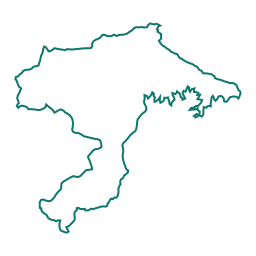 Franca, São Paulo, Brazil
{"feature_id": "56859067B28056382416557", "entity_name": "Franca", "entity_type": "district", "adm_level": 2, "iso_a3": "BRA", "parent_name": "Brazil", "parent_adm1": "São Paulo", "projection": "orthographic", "projection_center": [-47.359, -20.595], "detail": "fine", "context": "isolated", "style": "outline", "palette": "teal", "viewbox_px": 256, "rotation_deg": 0, "n_neighbors": 0, "source": "geoboundaries", "source_scale": "gbopen_adm2", "svg_char_len": 4998}
<svg xmlns="http://www.w3.org/2000/svg" viewBox="0 0 256 256"><path d="M158.1,24.4L155.9,23.8L154.2,24.5L152.3,24.0L150.0,23.4L148.2,25.0L147.1,27.2L144.4,27.5L142.2,27.1L140.3,27.1L138.6,27.4L136.4,27.2L134.0,28.1L132.2,30.2L129.9,31.6L126.6,33.9L123.7,34.6L120.8,34.8L118.6,35.1L116.8,36.0L113.9,34.7L111.3,36.2L107.1,36.0L104.9,34.9L102.6,34.8L99.9,38.0L97.7,38.9L95.5,39.9L93.4,41.4L92.1,43.7L92.2,46.1L91.1,48.0L88.7,48.3L86.0,48.2L83.7,48.4L82.1,48.5L80.3,48.7L74.2,49.3L72.6,49.5L69.1,49.3L66.8,49.2L65.0,50.1L62.2,49.6L58.4,49.1L54.6,48.2L51.0,50.8L48.7,51.4L46.7,48.4L45.6,47.2L44.2,46.5L43.3,49.0L42.8,51.3L42.4,53.3L41.2,55.4L40.6,58.0L40.1,60.6L39.4,62.3L38.6,65.3L37.1,66.1L34.9,66.3L33.3,67.0L31.8,68.5L29.3,69.6L26.4,69.8L24.7,70.2L23.2,70.9L21.9,73.0L20.1,74.0L18.1,76.3L15.8,77.1L15.4,79.2L16.5,80.3L17.2,82.4L18.0,84.6L18.9,86.5L21.1,88.3L20.0,91.0L19.0,93.6L17.8,95.3L17.2,98.4L18.1,100.7L18.8,103.0L17.4,104.6L16.8,106.2L18.4,107.7L20.1,106.2L22.0,105.7L25.6,106.5L27.4,107.6L28.3,109.2L30.6,109.1L32.7,109.3L35.2,109.5L37.8,110.0L39.7,109.9L41.3,109.6L43.8,108.4L45.4,107.2L46.2,104.5L47.7,106.0L49.6,107.5L51.3,108.6L53.2,110.5L54.4,112.7L56.1,111.8L58.1,110.5L60.5,109.4L62.2,109.9L64.0,111.1L65.5,112.7L67.4,113.5L69.9,115.5L71.6,117.6L72.5,119.7L73.1,123.2L72.7,125.8L72.7,127.7L72.1,129.6L72.9,131.5L74.9,132.7L78.5,133.1L80.5,134.0L82.2,135.0L84.0,136.3L86.6,136.9L89.1,137.5L91.7,138.1L94.1,138.7L97.5,139.2L100.2,140.3L101.2,143.6L101.5,147.0L98.6,148.7L96.9,149.0L94.8,149.3L92.6,151.0L91.2,152.9L89.5,154.7L88.3,155.9L88.1,157.6L89.5,160.3L90.9,164.3L91.7,166.9L92.1,169.3L89.0,169.8L85.8,170.3L84.1,172.2L82.6,173.8L80.7,175.7L79.3,176.6L77.3,177.1L75.2,176.5L73.1,176.2L69.9,177.7L67.7,179.1L63.2,181.7L61.4,183.6L61.3,185.7L61.1,188.5L60.2,189.9L58.3,191.7L57.1,193.1L55.6,195.1L54.5,197.1L53.2,198.5L51.9,200.0L50.0,201.2L46.9,200.9L44.6,200.0L42.8,199.5L41.0,200.0L39.7,202.4L39.8,205.2L39.8,207.9L41.4,208.4L41.3,210.2L42.4,212.0L44.6,213.7L46.6,214.9L48.1,217.9L50.2,219.3L52.5,220.0L54.3,220.3L56.2,221.3L57.9,220.3L60.3,220.5L59.6,222.7L59.4,224.5L59.6,227.9L60.6,230.4L62.9,231.4L65.0,232.3L66.6,232.6L68.6,231.6L67.3,229.1L66.4,227.1L68.5,226.3L70.1,224.8L72.1,222.9L74.4,220.3L74.8,217.5L74.4,215.3L74.4,213.0L75.1,211.4L76.9,209.9L76.7,208.2L78.3,207.8L79.8,208.8L82.7,209.2L84.8,208.8L85.3,210.4L88.4,210.4L91.0,208.7L93.3,209.1L96.2,208.1L98.8,207.4L101.0,206.6L103.4,206.4L105.2,206.6L107.0,206.1L107.7,203.4L108.9,202.3L109.8,200.2L111.0,198.7L112.8,199.2L114.1,197.6L116.6,197.6L117.8,195.7L118.4,192.9L118.6,190.8L118.3,188.8L119.2,186.3L120.6,184.0L120.1,181.8L120.9,179.5L123.2,177.9L124.1,175.5L126.0,174.2L127.8,172.6L128.2,170.5L126.5,169.3L125.7,167.8L125.2,165.9L124.1,163.3L123.4,161.0L123.0,158.8L122.6,156.9L122.8,154.8L123.0,152.8L123.3,150.9L123.0,148.0L122.3,145.4L123.0,143.4L125.7,140.8L128.0,138.1L129.1,136.7L130.2,135.2L132.6,133.0L135.1,131.2L136.0,129.8L136.5,127.7L137.1,124.3L137.1,122.0L137.6,119.5L139.1,117.5L140.5,115.6L142.1,113.9L143.6,112.7L145.5,111.2L146.5,108.6L145.8,106.4L144.6,103.9L143.9,101.8L144.6,99.4L144.7,97.1L144.5,95.1L147.3,96.3L148.0,98.5L150.1,96.4L151.6,94.3L152.3,92.3L153.9,93.6L153.5,95.8L155.0,97.6L154.3,99.4L154.6,101.9L156.2,101.2L158.5,99.3L160.0,97.0L159.8,100.8L160.4,102.8L163.1,101.3L164.1,99.5L164.3,97.7L166.1,97.9L168.0,97.4L168.5,99.5L169.2,101.4L169.6,104.1L171.3,105.4L171.4,103.3L172.8,101.3L174.6,99.5L173.8,97.1L172.6,95.0L172.4,93.0L175.3,94.1L176.6,93.0L177.0,91.4L178.8,92.7L180.2,94.4L180.6,97.1L182.1,97.8L182.5,99.7L185.2,98.5L183.9,96.1L182.6,93.0L183.5,90.8L185.6,91.7L186.5,89.3L187.7,86.4L189.2,87.6L188.9,89.6L190.0,91.8L191.5,89.3L194.4,88.4L193.9,90.3L194.1,92.0L196.3,92.1L198.4,93.1L197.3,94.9L200.1,94.8L198.9,96.8L197.5,99.2L200.1,99.5L202.2,100.1L200.9,102.8L199.6,104.2L198.4,105.7L195.9,106.0L194.0,107.7L191.3,107.8L189.8,109.9L191.8,109.6L195.4,109.4L197.6,108.2L197.7,110.1L199.6,111.3L199.7,113.4L199.0,115.2L201.9,116.6L203.2,114.5L203.4,112.9L203.4,110.2L203.7,107.1L206.3,107.7L207.6,106.2L209.1,105.9L210.8,106.4L210.7,104.4L210.8,102.4L211.4,100.0L211.4,97.9L212.8,95.9L213.8,97.7L214.3,99.3L215.6,100.8L217.2,99.0L218.4,96.6L220.3,95.9L222.3,96.5L223.8,98.7L224.1,101.3L225.9,101.9L227.5,100.9L228.6,99.1L229.8,97.4L232.3,96.6L234.3,96.5L236.7,96.8L238.4,98.5L239.5,96.3L240.6,92.8L239.9,91.1L238.3,89.9L237.5,87.6L236.3,84.9L234.0,83.4L232.1,83.0L229.5,83.1L227.8,82.2L224.2,81.3L222.1,80.4L219.8,79.6L217.7,79.3L214.9,78.1L214.6,76.4L211.6,74.3L207.6,73.5L203.1,73.3L201.7,71.0L199.2,69.7L197.9,68.0L196.9,66.6L194.9,65.8L192.6,64.2L188.3,62.7L186.2,61.7L183.1,59.9L181.8,58.6L179.9,58.3L178.7,56.5L177.1,54.1L174.8,53.5L172.6,52.3L170.7,51.5L169.3,49.9L166.9,48.5L164.7,46.7L162.9,45.9L160.9,43.8L158.9,40.8L161.3,38.5L160.9,36.2L161.3,34.2L159.3,32.8L157.5,31.6L158.1,30.0L156.9,29.0L158.3,26.6L160.1,25.6L158.1,24.4ZM199.0,115.2L196.6,114.0L193.9,116.0L195.8,117.4L197.3,116.5L199.0,115.2Z" fill="none" stroke="#0f766e" stroke-width="2"/></svg>